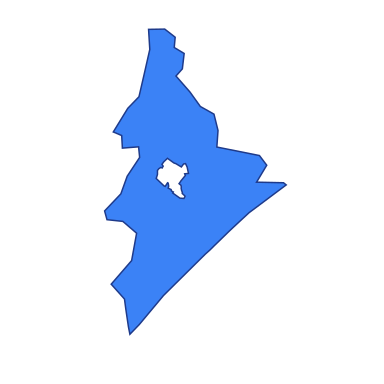 the district of Khiva, Khorezm, Uzbekistan, rotated 283°
{"feature_id": "79887680B67856776963689", "entity_name": "Khiva", "entity_type": "district", "adm_level": 2, "iso_a3": "UZB", "parent_name": "Uzbekistan", "parent_adm1": "Khorezm", "projection": "natural_earth1", "projection_center": [60.362, 41.359], "detail": "fine", "context": "isolated", "style": "filled", "palette": "blue", "viewbox_px": 384, "rotation_deg": 283, "n_neighbors": 0, "source": "geoboundaries", "source_scale": "gbopen_adm2", "svg_char_len": 1257}
<svg xmlns="http://www.w3.org/2000/svg" viewBox="0 0 384 384"><g transform="rotate(283 192 192)"><path d="M340.7,113.1L321.4,118.8L296.6,118.9L272.9,118.9L259.1,110.6L232.8,101.8L231.2,110.8L219.1,114.3L224.0,129.8L213.9,133.2L192.8,125.3L174.2,123.1L153.9,111.1L145.9,115.4L147.8,131.2L139.4,147.3L111.6,148.6L84.0,134.0L72.5,150.3L63.4,153.7L46.3,160.4L39.4,163.5L51.1,170.5L84.7,187.5L134.4,218.9L139.8,222.7L144.1,225.4L153.4,231.4L161.8,236.8L166.6,240.0L184.6,252.2L220.1,282.2L221.6,279.1L216.1,252.7L234.9,258.8L242.7,249.5L241.4,206.1L257.8,203.5L272.8,195.9L277.2,180.9L288.9,167.6L301.4,150.3L309.8,154.9L325.2,153.2L328.8,142.2L339.0,140.8L344.6,128.8L340.7,113.1ZM207.2,154.4L209.0,156.2L208.7,157.5L210.7,158.1L212.2,156.5L215.2,157.8L219.3,160.5L216.2,167.9L216.0,169.9L214.0,176.0L217.4,177.5L218.2,179.3L215.3,181.6L209.3,184.4L208.1,180.8L206.6,181.8L200.1,178.6L199.4,178.4L197.2,177.5L196.1,179.7L194.4,180.5L193.4,180.5L191.2,181.5L189.6,182.6L188.4,182.8L186.6,185.9L186.1,186.2L183.9,185.6L183.3,181.6L186.7,173.4L187.8,173.8L188.4,171.7L189.7,171.1L190.4,167.9L192.4,168.0L195.3,166.8L195.5,166.1L191.4,164.6L191.7,163.3L197.1,154.1L201.4,154.4L205.2,153.5L207.2,154.4Z" fill="#3b82f6" stroke="#1e3a8a" stroke-width="1.5"/></g></svg>